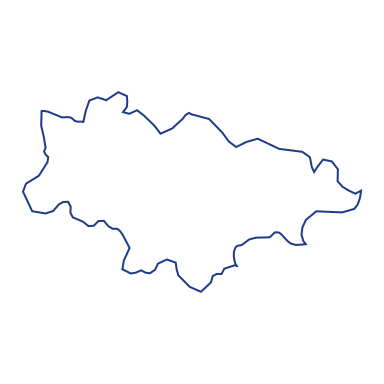 Haskovo, Natural Earth projection
{"feature_id": "BGR-2232", "entity_name": "Haskovo", "entity_type": "Province", "adm_level": 1, "iso_a3": "BGR", "parent_name": "Bulgaria", "parent_adm1": "", "projection": "natural_earth1", "projection_center": [25.843, 41.878], "detail": "fine", "context": "isolated", "style": "outline", "palette": "blue", "viewbox_px": 384, "rotation_deg": 0, "n_neighbors": 0, "source": "natural_earth", "source_scale": "10m", "svg_char_len": 1706}
<svg xmlns="http://www.w3.org/2000/svg" viewBox="0 0 384 384"><path d="M361.0,190.7L360.8,193.0L359.7,198.8L357.6,204.6L354.3,208.9L342.2,212.4L316.3,211.3L305.9,219.9L302.4,227.5L301.5,234.4L303.2,240.8L305.8,244.2L296.1,245.0L290.8,243.6L287.5,241.0L280.8,233.8L278.8,232.5L275.1,232.3L269.6,237.3L255.8,237.7L249.1,239.5L242.3,244.6L240.4,245.4L238.7,245.5L237.0,246.0L235.3,247.8L233.9,251.8L233.8,256.3L234.5,260.8L235.7,264.5L236.8,266.1L236.7,266.1L235.0,265.2L224.3,268.7L221.5,274.0L216.9,273.9L212.8,276.0L210.9,282.5L200.9,291.8L189.8,286.9L178.3,275.3L176.6,269.1L175.7,262.6L166.9,259.5L158.0,263.6L155.0,269.8L149.9,273.3L145.4,272.6L141.2,270.3L135.7,272.7L130.8,273.5L122.4,269.3L123.8,260.6L129.6,248.0L123.0,235.3L120.3,231.4L117.4,228.8L112.7,228.8L108.4,226.2L103.8,220.8L98.3,221.1L93.9,225.7L88.5,226.1L83.0,221.7L72.8,217.3L70.4,212.8L70.7,206.6L68.0,201.8L63.1,202.0L58.9,204.4L53.1,211.0L45.5,213.5L32.2,211.2L23.0,191.7L26.0,183.7L38.9,175.7L47.5,162.1L48.2,157.1L45.3,154.2L44.1,151.4L45.6,147.8L43.7,136.5L41.2,125.6L41.6,111.0L44.0,111.0L47.8,111.6L53.1,113.8L62.0,117.4L67.5,117.1L70.3,117.4L72.3,118.6L75.1,121.1L78.0,121.7L80.8,121.6L83.3,122.0L85.8,110.7L89.4,100.5L97.7,97.4L106.2,100.2L118.3,92.2L126.9,96.1L127.3,101.7L126.8,107.1L123.0,112.1L129.3,113.8L137.1,110.2L144.1,115.7L154.5,125.8L160.5,133.7L172.3,128.4L182.7,118.8L185.5,115.1L189.0,112.9L191.1,114.2L209.1,119.0L222.3,132.6L228.8,141.5L236.1,147.0L246.6,141.9L257.7,138.7L279.2,148.9L302.3,151.8L309.9,157.2L311.8,167.0L314.1,172.0L317.8,166.3L323.1,159.6L331.8,161.4L337.9,169.3L337.6,181.3L342.7,186.9L349.0,190.7L355.4,193.7L360.8,190.8L361.0,190.7Z" fill="none" stroke="#1e3a8a" stroke-width="2"/></svg>